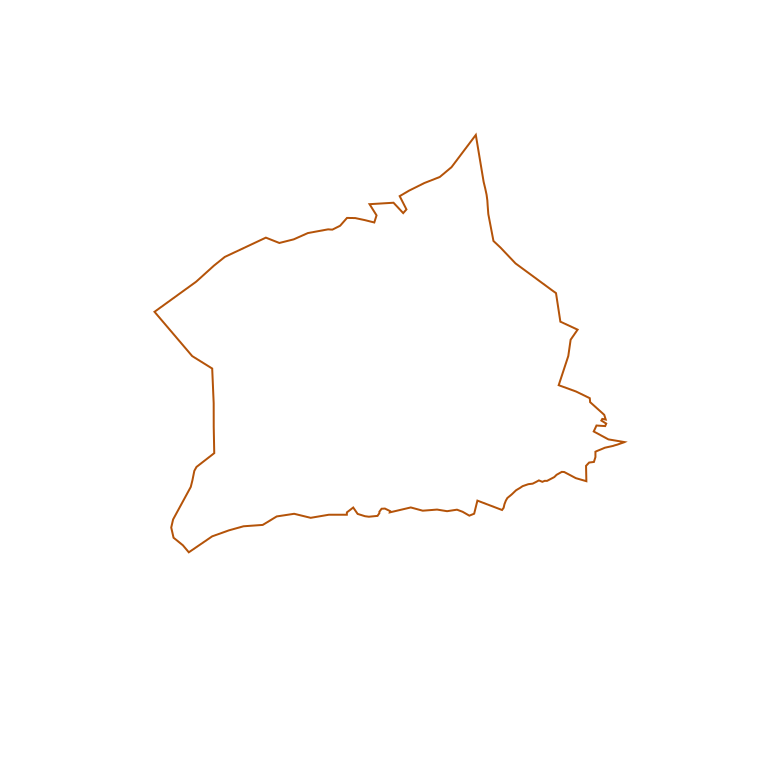 Gubio, Borno, Nigeria (Albers equal-area conic projection), rotated 218°
{"feature_id": "59680162B83800309048446", "entity_name": "Gubio", "entity_type": "district", "adm_level": 2, "iso_a3": "NGA", "parent_name": "Nigeria", "parent_adm1": "Borno", "projection": "albers", "projection_center": [12.673, 12.672], "detail": "fine", "context": "isolated", "style": "outline", "palette": "amber", "viewbox_px": 768, "rotation_deg": 218, "n_neighbors": 0, "source": "geoboundaries", "source_scale": "gbopen_adm2", "svg_char_len": 1882}
<svg xmlns="http://www.w3.org/2000/svg" viewBox="0 0 768 768"><g transform="rotate(218 384 384)"><path d="M158.7,486.3L173.1,478.5L189.5,475.7L191.0,482.1L183.8,487.0L184.5,489.6L190.2,489.0L190.5,490.9L187.4,492.5L191.5,495.3L210.4,496.6L213.1,499.5L228.1,496.3L245.6,490.6L256.0,519.5L264.2,533.8L264.9,546.0L283.4,541.7L304.4,561.5L309.4,561.3L354.6,560.0L369.4,562.2L376.0,563.2L385.8,564.1L406.4,582.1L412.5,588.8L415.6,592.3L419.7,596.3L424.6,600.4L429.9,604.6L465.0,636.8L464.3,596.5L467.5,581.5L476.0,567.1L483.3,551.8L487.3,541.7L473.8,535.4L474.1,530.5L488.1,532.7L506.1,516.8L493.7,512.3L491.1,505.3L500.1,501.3L508.9,497.0L511.0,495.4L515.4,492.1L516.0,481.7L519.7,473.9L522.1,472.2L522.8,471.8L523.4,471.3L536.9,456.1L544.2,442.4L553.3,430.7L567.2,426.6L587.7,386.1L590.9,372.5L595.0,349.0L609.3,299.6L552.3,287.9L528.9,290.4L506.3,263.9L491.8,245.4L475.2,225.0L480.7,203.2L480.0,198.8L475.6,190.0L472.9,183.9L466.8,147.4L463.3,139.9L455.2,133.3L443.2,133.1L434.2,131.2L425.6,158.2L416.1,173.2L407.1,185.4L392.8,198.3L387.0,213.6L374.9,226.4L359.4,233.4L347.0,247.0L332.8,258.1L334.2,260.0L332.2,267.7L324.8,265.4L317.6,268.1L314.2,270.1L307.9,276.1L308.0,277.0L308.1,279.3L309.0,280.5L309.1,284.2L306.6,286.4L300.9,287.6L300.4,286.4L286.9,303.2L275.5,308.0L268.7,314.2L264.9,317.7L256.0,322.6L249.1,329.9L243.4,331.7L235.7,332.8L233.1,337.3L238.6,349.6L213.4,357.4L213.5,360.1L215.1,363.5L216.2,367.2L216.6,370.2L215.4,375.5L214.5,381.6L212.8,386.0L211.9,388.8L208.6,393.9L205.5,397.0L203.8,400.6L202.6,403.4L199.0,404.4L197.7,406.7L195.9,408.0L192.5,415.5L192.1,418.7L189.8,424.2L187.8,425.6L182.8,426.5L174.9,427.9L164.7,432.0L174.4,443.9L174.0,448.4L170.6,451.8L172.4,456.6L175.7,460.8L175.0,462.2L173.1,465.5L171.9,467.6L171.8,467.8L170.7,469.8L165.4,476.2L164.5,477.6L163.0,479.6L158.8,486.1L158.7,486.3Z" fill="none" stroke="#b45309" stroke-width="2"/></g></svg>